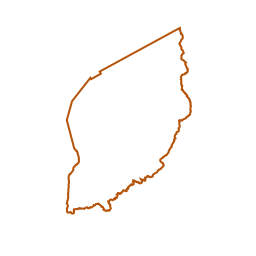 outline of Malargüe, Mendoza, Argentina, rotated 241°
{"feature_id": "61730980B71777653725604", "entity_name": "Malargüe", "entity_type": "district", "adm_level": 2, "iso_a3": "ARG", "parent_name": "Argentina", "parent_adm1": "Mendoza", "projection": "robinson", "projection_center": [-70.089, -36.132], "detail": "fine", "context": "isolated", "style": "outline", "palette": "amber", "viewbox_px": 256, "rotation_deg": 241, "n_neighbors": 0, "source": "geoboundaries", "source_scale": "gbopen_adm2", "svg_char_len": 5625}
<svg xmlns="http://www.w3.org/2000/svg" viewBox="0 0 256 256"><g transform="rotate(241 128 128)"><path d="M190.1,119.4L178.6,92.1L164.6,78.3L135.9,71.0L134.8,71.5L133.6,71.4L133.3,71.8L132.5,71.8L132.2,72.2L131.1,71.8L130.4,71.9L129.7,71.4L127.7,71.1L125.9,70.6L124.3,69.8L123.7,69.3L123.0,69.2L121.6,68.1L121.5,67.0L120.9,66.4L120.8,66.0L121.1,65.6L121.0,65.3L121.2,65.0L121.0,64.0L120.5,63.7L120.3,63.1L120.2,62.6L120.3,62.3L120.1,61.6L119.3,60.6L118.7,60.4L118.3,60.0L117.8,59.9L115.9,55.8L116.0,55.4L115.6,54.6L115.8,54.3L114.7,53.0L114.1,52.6L113.8,52.1L112.2,51.3L111.0,51.1L110.2,50.4L109.6,50.3L108.9,49.9L106.6,48.1L106.1,48.1L105.0,47.5L104.8,47.2L104.5,47.2L103.4,46.0L101.8,45.4L100.9,44.6L100.2,44.4L99.6,43.6L99.3,43.7L98.7,43.1L97.3,42.7L96.4,41.9L95.8,41.8L95.0,40.9L94.5,40.7L93.8,40.0L93.7,39.6L93.1,39.3L91.8,37.9L90.6,38.0L88.6,37.5L88.1,36.5L86.7,35.2L85.3,34.7L84.6,34.2L83.4,34.2L82.8,35.1L82.6,36.1L82.4,36.3L82.5,36.8L81.8,37.3L81.3,37.2L80.6,37.4L79.9,38.2L79.8,39.4L80.3,39.6L80.7,40.0L81.3,40.2L81.5,40.6L82.9,40.9L83.1,41.3L82.6,41.9L82.7,42.3L82.3,43.5L82.0,43.7L81.4,44.8L81.6,45.2L81.3,45.8L81.6,46.1L81.6,46.4L81.2,46.4L80.8,46.8L80.9,47.4L80.2,47.8L79.3,49.9L78.6,50.3L78.7,52.6L78.8,52.9L78.7,53.0L78.5,53.8L77.3,54.1L77.3,54.5L76.8,54.8L76.7,55.5L77.0,56.0L77.0,56.7L76.4,57.1L76.2,57.7L76.5,58.7L76.3,60.0L77.2,60.8L76.5,61.7L77.0,63.2L76.4,64.2L76.5,64.4L76.2,65.2L76.3,65.5L76.0,65.7L75.5,65.5L74.7,66.1L73.6,66.4L72.7,67.0L72.2,67.1L71.9,66.7L71.0,67.7L69.0,67.5L68.5,67.8L68.1,67.6L68.1,67.1L67.5,67.4L66.7,68.1L66.4,68.7L65.8,69.0L66.0,69.7L65.9,70.2L65.6,70.7L65.5,71.2L65.1,71.2L65.2,71.6L64.9,71.8L65.9,73.9L68.8,74.6L69.2,75.2L69.5,75.3L71.2,74.7L71.6,75.2L72.4,74.9L73.2,75.1L72.9,75.4L73.0,76.0L73.9,77.4L73.6,78.1L73.7,78.5L72.1,79.9L72.4,81.0L72.8,81.3L72.6,81.7L72.3,81.8L72.1,82.1L73.1,82.8L73.2,83.4L72.4,83.7L72.4,84.5L74.2,86.2L74.9,86.2L75.2,86.0L75.7,87.5L76.6,88.2L75.6,87.9L75.2,88.1L75.1,88.6L74.4,88.6L74.2,88.8L74.6,89.9L74.3,90.1L74.5,90.3L74.4,90.7L74.8,91.0L75.1,92.3L75.0,92.6L75.4,92.9L75.8,93.7L75.3,94.1L74.8,95.2L73.9,95.3L73.6,96.1L74.4,96.3L74.5,97.1L75.1,97.5L74.6,98.1L75.0,99.0L75.7,99.1L75.6,99.3L75.9,99.7L76.3,99.9L76.4,101.0L76.7,101.3L76.6,102.3L77.0,102.7L77.2,103.1L77.2,103.5L76.5,103.7L76.3,104.1L76.0,104.3L76.2,104.9L76.1,105.6L76.8,105.9L77.2,106.5L77.8,106.5L78.4,106.1L79.1,107.1L79.7,107.3L79.4,107.7L78.9,107.8L78.3,108.5L77.6,108.8L77.2,109.2L76.6,109.1L76.1,109.6L76.0,110.7L75.5,111.0L74.6,110.8L73.8,111.4L73.9,112.0L73.7,112.2L73.7,112.7L73.5,113.2L73.7,113.8L74.3,114.1L74.4,114.4L76.9,114.5L76.2,115.0L76.1,115.3L75.7,115.5L75.4,116.3L74.7,116.4L74.0,116.8L74.1,117.1L73.7,117.5L74.0,117.9L74.9,118.4L75.5,118.3L76.1,118.7L76.3,119.0L76.0,119.2L75.9,119.6L76.0,121.0L76.6,121.6L76.6,122.0L76.4,122.2L75.7,122.5L75.6,122.8L74.8,122.8L74.4,123.1L74.0,124.2L74.0,125.1L73.6,125.6L73.6,125.8L74.1,126.2L74.1,126.6L75.0,127.1L75.3,129.2L75.2,131.9L75.8,132.8L76.0,133.4L76.0,133.6L76.4,133.9L76.6,134.5L76.4,134.8L76.6,135.1L76.3,135.9L76.5,136.8L76.4,137.3L76.7,137.5L77.1,138.5L77.1,139.2L77.9,141.1L78.1,141.2L79.0,141.3L79.5,141.1L80.2,141.5L81.0,141.2L81.8,140.5L82.5,140.3L83.2,140.3L83.8,140.6L84.2,140.5L84.6,140.8L85.0,141.4L85.0,143.3L85.4,143.9L85.5,144.3L85.2,144.7L85.5,145.2L85.5,146.0L86.0,146.9L85.6,147.7L85.7,148.9L86.4,149.9L86.7,151.3L88.1,152.5L88.4,153.3L89.1,153.7L89.5,154.9L89.9,155.3L90.1,156.6L90.4,156.7L91.0,157.6L91.6,157.6L92.0,158.5L92.7,159.3L92.8,159.9L93.3,160.3L93.5,161.1L93.8,161.3L94.2,162.2L95.0,162.3L95.4,162.6L95.3,163.0L95.9,163.4L95.9,164.5L97.3,164.4L98.6,165.3L98.9,165.8L99.4,166.3L99.5,167.7L100.6,168.3L100.8,168.8L100.9,169.1L100.5,170.4L100.7,170.9L102.5,172.0L103.0,171.9L103.3,172.1L103.8,173.5L104.6,174.3L106.3,174.6L107.4,175.2L108.1,175.9L109.5,176.0L109.9,176.9L108.8,177.9L108.8,178.5L108.4,178.9L108.9,179.4L108.6,179.9L108.7,181.3L108.5,182.0L108.6,183.8L109.3,184.4L109.0,185.9L109.6,186.6L109.4,186.8L109.5,187.6L109.4,188.0L109.8,188.9L111.3,189.9L111.4,190.3L112.1,191.0L112.8,190.9L113.6,191.6L114.4,191.8L116.5,193.3L116.6,193.7L117.2,193.7L117.5,194.0L118.0,193.9L118.8,194.2L119.4,194.9L120.2,195.0L120.5,194.8L121.3,195.5L122.4,195.6L122.8,195.2L123.7,195.7L124.2,195.7L124.7,195.4L125.3,195.6L125.8,195.3L125.8,195.1L126.7,195.0L127.2,194.7L127.6,194.8L127.7,195.4L128.4,195.3L128.6,195.5L129.0,195.5L130.1,194.7L130.8,194.7L131.4,195.0L132.3,194.2L134.1,194.4L134.2,194.1L134.9,193.7L135.3,193.9L135.8,193.7L136.2,194.4L137.4,194.9L138.5,195.9L139.2,195.5L139.5,195.7L139.8,195.6L140.2,195.9L141.1,195.9L141.5,196.1L141.5,196.5L142.9,197.1L143.2,197.5L144.1,197.8L144.8,197.7L145.5,198.6L146.7,198.8L148.2,200.9L148.0,201.4L148.2,201.8L147.6,203.1L147.9,204.0L147.6,204.7L147.7,205.0L148.2,205.3L147.8,206.0L148.3,207.3L148.8,207.5L148.9,208.0L149.4,208.1L150.1,208.6L150.7,208.4L151.2,209.0L151.6,208.9L151.9,208.6L152.4,208.6L154.1,209.0L154.9,208.8L155.1,209.0L155.9,209.0L156.4,209.2L157.0,209.9L157.4,210.0L157.3,210.3L158.0,210.2L158.4,209.7L160.1,209.5L161.9,208.2L162.8,208.1L163.8,209.1L165.4,209.7L165.6,210.6L166.3,211.1L166.5,212.2L166.3,212.6L166.5,213.1L168.5,213.4L169.9,213.4L170.6,212.9L171.1,212.9L172.5,213.8L173.2,214.0L174.5,213.6L175.2,213.7L175.8,214.1L176.5,213.8L176.8,213.8L177.4,214.5L178.1,216.1L179.4,217.5L179.7,218.5L179.6,218.8L180.4,219.7L182.7,220.7L184.2,220.4L184.4,219.9L184.8,219.9L185.0,220.1L185.0,220.6L186.1,220.6L186.6,220.5L187.7,220.9L188.2,220.7L188.5,221.1L189.0,221.0L189.3,221.4L189.6,221.4L190.4,221.8L191.1,130.6L188.6,130.6L188.6,119.4L190.1,119.4Z" fill="none" stroke="#b45309" stroke-width="2"/></g></svg>